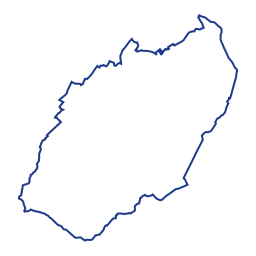 Suncuius, Bihor, Romania (orthographic projection)
{"feature_id": "2599482B67903282623571", "entity_name": "Suncuius", "entity_type": "district", "adm_level": 2, "iso_a3": "ROU", "parent_name": "Romania", "parent_adm1": "Bihor", "projection": "orthographic", "projection_center": [22.507, 46.914], "detail": "fine", "context": "isolated", "style": "outline", "palette": "blue", "viewbox_px": 256, "rotation_deg": 0, "n_neighbors": 0, "source": "geoboundaries", "source_scale": "gbopen_adm2", "svg_char_len": 5704}
<svg xmlns="http://www.w3.org/2000/svg" viewBox="0 0 256 256"><path d="M85.1,240.6L85.9,240.0L86.7,239.7L89.0,239.9L89.8,240.0L92.2,239.6L92.8,239.0L93.2,238.1L93.5,237.9L93.9,237.6L94.7,236.4L95.6,235.3L96.2,235.3L97.2,235.1L97.8,234.8L99.6,234.6L103.8,229.5L104.0,228.1L105.3,226.0L106.4,225.2L107.1,225.6L112.4,219.2L113.1,218.6L113.4,218.5L113.9,218.4L115.0,218.3L115.6,218.3L115.8,218.2L116.0,217.9L116.1,217.2L115.7,216.7L115.9,215.6L116.9,215.1L116.9,214.3L118.0,213.5L118.5,213.7L118.9,213.5L120.0,213.4L121.4,213.5L123.9,214.1L125.0,213.9L125.4,213.7L126.8,213.7L127.7,213.6L128.0,213.3L128.8,213.0L129.9,213.4L130.5,213.3L131.0,213.4L131.4,212.8L132.6,212.0L133.5,211.6L134.5,210.7L134.9,210.5L135.0,210.1L134.8,207.5L134.8,206.5L134.9,206.0L135.4,205.6L136.2,204.8L137.2,203.9L137.8,203.7L138.3,203.8L139.0,203.5L139.2,203.2L139.2,202.1L139.5,201.7L139.7,200.7L140.0,200.0L140.1,198.9L140.1,198.2L140.9,197.9L141.2,197.7L141.7,197.2L142.0,196.5L142.9,195.9L143.5,195.6L144.7,195.4L145.0,194.9L145.3,194.9L146.0,195.7L146.8,196.2L147.8,196.3L149.5,196.0L150.9,195.6L152.2,194.9L152.6,194.5L154.4,196.3L155.9,198.0L157.1,198.9L159.0,199.8L160.6,200.2L161.8,199.9L166.4,195.7L168.1,194.7L175.4,189.4L176.5,188.9L178.7,188.7L180.6,187.7L182.7,186.9L185.3,185.7L187.5,184.8L184.9,179.3L183.7,178.3L183.9,177.5L192.3,160.7L195.9,153.2L198.2,148.7L202.8,139.9L201.9,135.5L204.3,133.0L205.6,132.2L206.3,132.0L207.9,132.3L210.7,131.2L211.5,130.5L215.9,123.6L215.6,122.7L215.2,122.3L216.8,119.4L217.3,118.7L218.2,118.1L218.8,118.1L220.4,116.6L220.9,116.0L222.0,115.2L223.0,114.8L224.0,113.6L224.9,112.3L225.2,111.9L226.6,107.0L228.3,103.3L227.6,102.6L227.4,102.3L227.2,101.9L227.2,101.5L228.4,100.1L229.0,99.2L229.0,98.0L230.1,98.2L231.1,95.1L233.1,87.7L235.8,78.0L236.3,75.1L236.5,73.4L236.7,72.0L237.0,71.0L237.0,70.7L237.0,70.2L236.9,69.8L236.7,69.3L236.2,68.9L235.8,68.5L235.6,68.3L234.9,67.4L234.6,66.9L234.2,66.4L233.9,65.5L233.0,63.6L231.6,61.4L231.0,60.7L229.0,58.4L228.3,57.4L228.1,56.6L226.7,53.6L223.8,47.4L222.6,44.4L221.3,41.6L220.8,40.4L220.5,39.1L220.7,36.4L220.7,34.7L220.8,34.1L221.6,32.2L221.5,31.4L221.6,30.2L221.3,28.8L221.1,28.3L220.0,27.2L218.7,26.4L218.2,26.0L216.2,23.9L215.1,22.9L214.1,22.3L212.8,22.0L211.7,21.9L211.3,22.0L210.8,22.0L209.0,20.4L208.2,19.9L205.7,17.9L204.3,17.2L203.1,16.8L201.3,16.4L199.9,15.5L199.0,15.4L198.8,15.8L198.8,16.7L198.3,17.6L199.1,18.3L199.5,19.7L200.1,20.3L201.2,22.2L201.9,23.0L202.4,24.5L202.7,25.0L202.8,25.8L203.1,26.3L203.7,27.8L203.2,28.1L201.9,28.5L201.4,28.7L201.0,28.7L200.6,28.9L200.0,29.5L199.1,29.3L197.0,29.0L196.1,28.8L195.3,29.5L194.9,30.2L194.3,31.5L192.7,31.3L189.4,32.3L188.9,32.7L188.4,33.1L187.5,34.5L184.5,38.7L183.8,39.9L181.9,41.5L176.9,44.1L174.6,45.5L174.1,44.8L173.8,44.9L173.4,44.9L173.3,44.6L173.0,44.1L168.1,47.2L169.0,48.8L168.2,49.4L167.6,49.2L167.5,48.9L167.2,49.0L167.0,49.4L166.4,49.3L165.9,49.5L165.5,49.0L165.3,49.1L164.8,49.5L165.0,49.9L164.6,50.4L163.0,51.2L163.0,52.1L162.6,52.7L160.0,49.2L158.7,50.3L161.6,54.2L161.3,54.4L158.4,50.5L155.8,52.4L155.5,52.9L155.9,53.1L156.1,53.7L156.4,54.1L156.2,54.3L155.2,53.6L152.9,52.3L151.8,51.9L150.4,51.5L149.1,51.2L146.7,50.9L144.1,50.9L143.3,50.8L142.7,50.7L141.7,50.2L140.8,50.6L138.4,51.3L137.3,51.5L136.9,51.5L136.4,51.1L135.9,50.7L136.5,49.8L135.8,49.7L136.5,48.8L137.9,46.7L138.3,45.7L137.3,42.8L137.1,43.0L134.1,41.8L132.0,39.6L131.8,39.0L129.2,41.8L125.1,47.4L122.7,50.1L120.3,55.9L120.5,59.2L121.2,62.9L121.1,63.8L120.1,63.2L119.3,62.9L117.1,64.4L115.8,65.8L115.1,65.9L114.2,65.1L113.8,62.8L109.6,61.1L108.8,63.0L108.0,64.1L107.6,64.9L107.3,65.4L106.2,66.4L103.5,65.0L102.9,65.6L100.3,65.7L99.5,67.5L98.8,67.3L97.4,66.0L95.2,68.8L92.0,73.8L88.4,77.8L87.4,78.6L87.1,79.0L85.3,78.7L84.7,79.2L84.5,79.7L84.5,80.3L84.2,80.8L83.5,81.7L83.3,83.3L83.1,83.8L82.7,84.1L81.1,85.0L81.0,84.2L78.6,83.7L76.6,83.7L76.0,83.8L75.6,83.6L74.3,83.3L73.6,83.0L72.8,82.5L72.3,82.3L71.6,81.9L70.5,84.3L67.3,91.0L67.0,92.8L65.4,94.9L59.3,99.9L63.3,102.2L61.1,104.7L59.5,106.8L60.0,107.6L60.7,108.6L61.4,109.1L63.0,109.7L62.4,110.1L61.7,110.2L61.3,110.5L61.0,111.1L59.6,112.7L59.4,112.9L58.8,113.1L58.2,113.3L58.1,113.5L58.0,113.8L57.9,114.0L57.6,114.2L57.3,114.5L57.1,114.8L56.8,115.5L55.8,116.1L55.6,116.4L55.5,116.7L55.0,117.6L56.6,117.8L60.9,122.1L56.5,126.1L55.5,127.1L48.0,134.1L46.9,135.2L47.8,136.1L45.3,138.2L45.6,138.6L45.2,139.2L43.7,140.3L42.7,140.4L41.0,143.8L40.8,145.1L39.7,147.1L40.0,147.4L40.7,148.0L40.7,148.4L40.7,149.6L40.6,150.3L39.9,152.1L39.7,152.5L39.2,153.7L39.2,154.0L39.0,156.0L39.3,156.8L39.2,157.6L38.9,158.5L38.8,159.4L39.0,159.6L39.1,160.2L38.8,161.0L38.3,161.8L38.0,162.3L37.1,163.8L36.9,164.4L37.4,166.0L37.4,167.7L36.8,168.3L36.7,169.2L35.6,170.2L35.5,170.8L35.1,171.5L33.4,172.4L32.8,173.7L31.7,174.4L30.9,174.6L30.7,174.8L30.6,175.4L30.7,176.0L30.2,177.2L29.3,178.8L29.6,180.5L29.3,182.4L28.8,183.3L27.6,183.7L25.2,184.6L24.3,184.6L23.4,185.2L22.9,185.3L22.5,186.5L22.5,188.9L21.7,190.0L22.0,191.6L21.4,193.4L21.4,194.3L21.1,195.2L20.4,195.8L20.1,195.9L19.3,196.5L19.0,197.1L19.0,198.6L21.1,199.4L22.9,201.3L23.5,202.5L23.5,203.8L23.9,204.6L24.4,205.7L24.7,207.1L25.1,207.7L25.3,208.1L25.0,209.5L24.4,210.3L24.3,210.6L24.4,211.2L24.6,211.6L25.8,211.3L26.2,211.3L27.3,211.4L28.2,211.0L28.6,210.9L29.4,210.6L30.5,209.6L31.0,209.6L32.7,210.4L34.3,210.9L37.4,211.6L38.5,211.7L39.3,212.1L40.9,212.4L41.9,213.0L44.3,213.5L44.8,213.7L45.1,213.9L46.8,215.2L48.3,215.8L49.2,217.1L50.0,217.7L51.5,218.7L52.2,219.4L52.8,220.0L57.5,224.6L58.0,224.9L60.7,225.9L61.2,226.2L61.6,226.5L63.0,228.5L63.8,229.3L65.5,229.6L66.0,229.7L66.5,230.0L75.2,237.7L75.7,237.8L80.5,237.4L81.0,237.6L82.5,238.8L85.1,240.6Z" fill="none" stroke="#1e3a8a" stroke-width="2"/></svg>